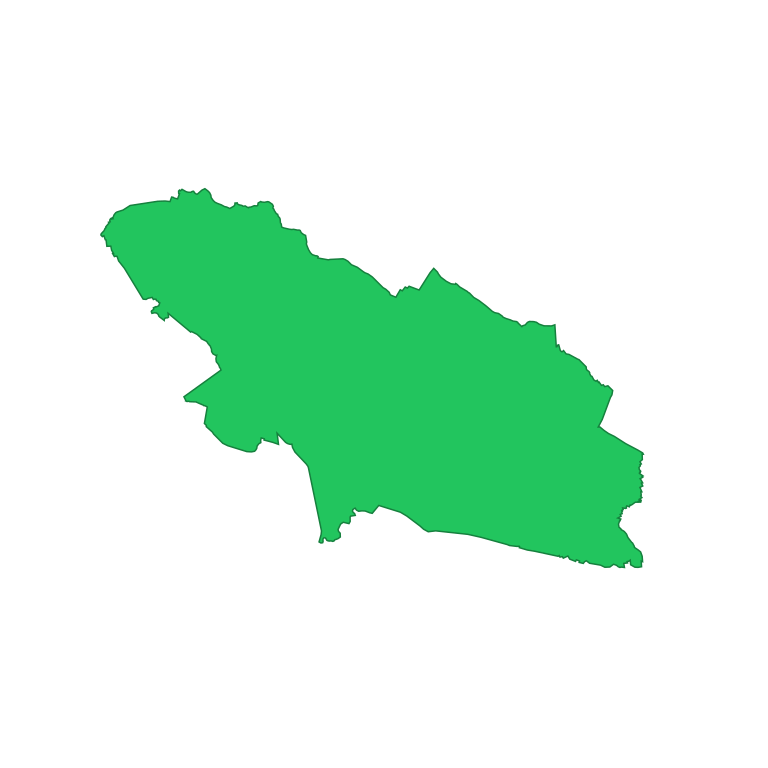 outline of Ixtaczoquitlán, Veracruz, Mexico, rotated 313°
{"feature_id": "50627088B20096536906195", "entity_name": "Ixtaczoquitlán", "entity_type": "district", "adm_level": 2, "iso_a3": "MEX", "parent_name": "Mexico", "parent_adm1": "Veracruz", "projection": "natural_earth1", "projection_center": [-97.025, 18.851], "detail": "fine", "context": "isolated", "style": "filled", "palette": "green", "viewbox_px": 768, "rotation_deg": 313, "n_neighbors": 0, "source": "geoboundaries", "source_scale": "gbopen_adm2", "svg_char_len": 6133}
<svg xmlns="http://www.w3.org/2000/svg" viewBox="0 0 768 768"><g transform="rotate(313 384 384)"><path d="M231.6,283.1L231.8,291.2L231.2,293.6L230.7,306.5L232.3,311.8L241.0,329.8L244.0,333.4L246.5,335.2L247.8,335.3L250.0,334.9L252.1,333.5L254.9,333.2L257.1,333.9L258.7,332.2L260.8,331.0L262.3,333.8L261.2,334.5L265.5,342.5L267.9,348.0L275.1,339.4L274.2,351.8L274.6,353.9L275.4,355.7L276.2,356.9L277.2,357.6L275.2,360.4L273.5,365.3L272.5,381.5L271.9,384.6L271.1,386.0L233.9,438.5L231.0,440.7L224.2,444.2L224.7,446.3L226.1,447.4L227.2,446.9L228.7,445.3L229.7,444.9L230.5,445.0L231.3,445.8L231.4,446.7L230.7,448.8L231.1,450.0L231.8,451.1L233.1,452.2L234.0,453.9L235.3,454.5L236.3,454.2L239.4,455.8L242.3,456.4L245.0,453.7L245.2,451.2L246.3,449.6L251.9,447.8L255.1,448.5L258.0,453.6L260.4,453.0L263.5,450.0L264.6,449.7L268.3,452.6L269.2,450.9L269.1,448.9L269.5,447.7L270.9,446.8L273.5,447.5L273.0,449.9L273.6,452.2L276.2,454.4L278.3,456.9L280.1,461.4L281.4,463.6L291.6,463.0L301.4,483.4L303.0,490.8L304.7,507.1L304.8,512.0L306.1,517.1L311.8,521.9L331.2,547.8L338.1,559.6L350.6,583.6L351.5,586.0L355.9,592.0L357.6,593.6L357.5,594.1L356.6,594.6L360.3,602.0L364.3,608.0L376.8,628.9L378.0,629.1L377.4,630.7L379.4,632.2L378.9,633.9L383.6,635.8L382.6,639.3L384.9,645.1L386.6,644.6L387.9,647.7L386.6,648.4L388.7,652.1L390.8,651.9L392.7,652.5L393.1,656.6L399.2,665.9L400.6,670.5L404.2,674.0L408.7,674.8L410.0,677.7L410.1,679.9L410.7,681.6L412.0,682.5L413.8,685.0L416.3,681.7L419.2,684.1L419.9,682.9L421.2,683.9L423.1,684.2L420.0,687.7L421.1,692.4L423.1,694.8L426.0,697.0L429.9,692.9L430.4,694.3L434.1,690.3L436.2,686.2L436.0,683.2L435.3,678.6L436.0,677.8L437.2,674.3L437.1,673.0L438.1,667.0L439.6,663.8L440.0,660.4L439.6,658.0L439.0,656.7L439.3,657.0L439.5,656.3L439.6,656.6L439.6,653.4L441.5,651.0L444.7,649.6L444.8,649.9L446.7,649.3L445.4,646.4L449.0,647.6L449.7,645.7L451.6,646.6L452.5,645.2L453.5,645.1L453.7,644.1L455.2,644.6L456.1,643.1L457.8,645.6L458.6,645.9L459.4,645.0L460.5,644.7L461.5,647.2L463.4,646.5L463.7,647.2L465.1,647.7L468.9,648.4L472.7,652.3L473.9,651.7L472.7,650.3L474.2,650.6L473.8,649.3L476.8,650.1L477.1,648.1L478.1,648.0L480.3,645.4L481.0,646.1L482.9,641.7L485.9,642.8L487.0,639.9L488.1,640.6L489.2,637.2L489.3,635.9L492.2,636.8L492.3,635.9L493.4,636.2L492.8,631.9L494.0,631.8L493.9,631.1L495.3,631.2L495.5,629.2L496.8,627.4L499.0,627.3L499.6,626.2L501.0,626.7L501.7,624.2L504.9,624.5L508.8,620.6L509.5,621.5L510.0,620.2L508.9,615.1L505.2,601.4L502.8,588.3L500.9,582.0L500.1,576.6L499.8,571.2L498.7,570.0L506.9,567.8L528.5,558.8L531.5,558.1L535.2,555.7L535.4,549.0L532.6,547.2L533.0,544.9L531.3,544.0L532.1,539.9L531.4,539.8L532.1,537.4L530.6,537.2L530.1,534.7L531.4,530.9L531.0,530.0L531.2,529.2L531.8,527.4L532.5,526.8L532.9,525.4L532.6,523.0L533.0,521.7L534.4,520.2L534.8,509.9L534.3,508.9L531.8,499.1L530.2,496.7L530.9,492.5L529.3,492.4L528.8,491.9L528.7,491.0L528.8,490.0L531.8,485.1L531.4,484.6L529.1,485.0L528.7,484.6L543.8,468.6L540.7,466.9L535.7,461.4L533.6,456.7L533.1,453.4L531.7,450.9L528.9,447.7L526.9,446.9L523.5,447.0L521.2,445.7L520.0,445.7L520.0,440.4L520.3,439.8L520.0,438.3L518.0,435.4L517.0,432.5L515.2,428.8L514.1,425.7L514.3,424.1L513.7,419.7L511.7,416.4L511.0,413.7L510.7,405.7L509.8,396.5L508.5,390.6L508.8,384.4L508.4,383.3L508.5,381.9L506.6,373.1L506.7,369.5L506.4,367.9L505.6,368.2L503.0,364.7L501.6,359.6L500.9,352.7L501.6,348.7L502.3,346.8L502.5,341.5L496.9,341.8L476.7,345.6L472.6,335.7L470.1,335.7L469.4,333.4L464.6,333.8L464.0,331.6L455.6,333.5L454.3,330.2L453.5,327.8L454.6,325.2L454.5,320.6L453.8,317.6L454.3,302.6L453.6,297.3L452.4,294.4L452.0,292.3L451.2,285.0L449.0,278.8L449.2,274.0L448.5,270.6L447.6,268.6L438.2,259.5L436.9,258.7L431.0,249.6L432.3,248.9L432.0,247.5L431.2,246.7L429.7,243.3L429.8,240.7L430.8,237.2L432.9,232.7L433.7,231.5L435.1,230.7L439.2,225.3L438.5,223.4L438.2,220.3L439.1,218.0L438.8,217.1L437.5,215.7L435.5,212.4L434.0,211.1L432.6,209.1L429.7,204.1L429.0,202.1L430.9,199.8L431.2,198.4L433.8,195.5L434.4,194.1L434.4,192.5L435.6,190.4L435.1,189.3L436.0,185.7L436.8,184.0L436.8,183.1L437.0,182.6L438.5,181.9L439.3,179.8L438.7,175.7L438.1,174.6L435.3,172.6L433.6,170.3L433.4,169.4L430.5,168.5L428.6,169.8L428.1,169.8L427.2,169.2L425.9,167.5L422.7,166.0L421.2,164.7L420.6,164.8L420.0,163.4L419.6,161.1L417.9,159.7L417.7,158.3L416.2,155.8L415.7,153.6L416.3,153.1L414.7,151.6L413.4,152.7L411.7,152.9L407.2,151.5L406.1,148.2L405.0,146.4L404.1,142.9L402.4,138.8L401.7,136.5L401.7,134.0L402.5,130.4L404.0,128.6L405.0,125.9L405.1,123.5L404.7,119.8L401.6,118.6L395.5,118.0L395.0,117.5L394.6,115.5L395.1,113.3L394.1,112.4L392.5,112.0L390.6,109.9L389.7,108.1L388.6,103.5L386.6,103.4L386.4,102.2L385.0,102.2L383.4,103.8L383.2,104.2L383.6,104.7L378.6,106.8L377.0,104.0L376.7,102.4L375.9,101.2L371.5,103.1L368.5,99.1L363.3,93.9L341.4,76.6L333.2,74.5L327.7,71.4L326.3,71.0L323.7,71.2L320.9,72.3L320.5,72.0L320.2,72.8L320.0,72.4L319.5,72.7L319.0,72.4L319.3,71.8L318.8,71.4L318.3,71.7L318.1,71.4L317.5,71.4L316.5,72.0L315.9,73.1L314.4,72.2L314.1,73.1L309.3,73.3L308.7,74.0L307.5,73.9L305.3,74.7L301.1,74.7L299.9,75.3L299.7,77.5L301.4,78.0L299.4,81.8L299.8,82.5L295.7,87.4L298.5,90.2L296.1,93.5L294.9,97.3L294.3,96.7L293.3,99.9L294.6,100.7L295.3,101.7L293.0,106.0L291.6,115.2L281.8,150.0L283.6,152.3L285.7,152.9L289.2,155.4L288.5,157.7L289.5,158.2L290.5,159.5L289.8,160.7L290.5,162.4L290.5,162.9L290.0,163.5L290.4,164.7L287.5,165.9L284.7,164.6L284.7,164.2L282.4,163.4L281.8,164.5L279.8,164.4L279.1,164.1L278.2,164.5L277.4,166.1L279.7,167.7L280.8,169.3L280.9,171.5L280.1,172.9L280.0,174.3L280.6,179.9L281.5,179.1L283.2,179.1L284.7,180.5L285.9,180.9L288.5,177.9L290.1,207.2L291.1,207.5L292.8,213.3L292.9,218.5L292.5,219.4L294.1,224.8L294.1,225.8L293.5,228.1L293.6,229.0L293.3,229.4L293.3,230.8L291.9,233.9L290.1,235.9L289.4,238.4L290.3,242.0L290.7,242.1L287.8,243.9L285.9,246.2L285.4,249.5L284.7,251.4L284.2,251.9L283.7,254.0L283.0,255.3L238.2,246.4L236.7,250.5L236.4,250.5L236.8,251.8L238.3,253.1L238.5,253.9L242.9,259.0L242.9,259.6L245.3,266.3L245.3,267.1L246.0,267.8L246.7,270.4L232.6,279.6L232.6,282.2L231.6,283.1Z" fill="#22c55e" stroke="#15803d" stroke-width="1.5"/></g></svg>